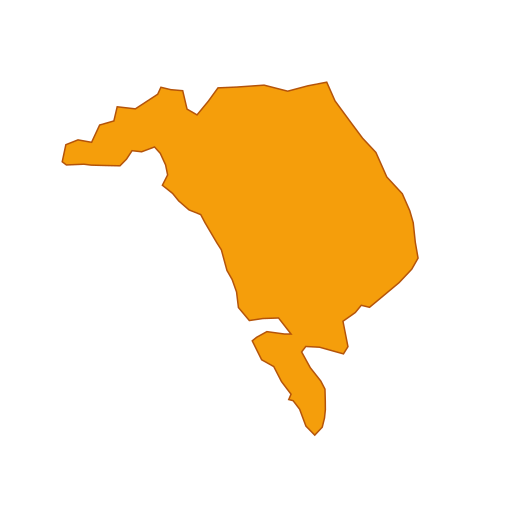 the district of Maronas, Paphos, Cyprus, rotated 74°
{"feature_id": "46923920B90699774301121", "entity_name": "Maronas", "entity_type": "district", "adm_level": 2, "iso_a3": "CYP", "parent_name": "Cyprus", "parent_adm1": "Paphos", "projection": "natural_earth1", "projection_center": [32.67, 34.763], "detail": "fine", "context": "isolated", "style": "filled", "palette": "amber", "viewbox_px": 512, "rotation_deg": 74, "n_neighbors": 0, "source": "geoboundaries", "source_scale": "gbopen_adm2", "svg_char_len": 1278}
<svg xmlns="http://www.w3.org/2000/svg" viewBox="0 0 512 512"><g transform="rotate(74 256 256)"><path d="M403.0,264.1L405.3,260.2L415.3,256.3L433.3,254.9L444.4,248.9L438.8,239.5L430.6,234.8L422.9,231.7L415.0,229.5L403.0,226.4L394.0,228.2L378.4,234.6L360.8,238.6L356.7,233.1L361.1,220.3L361.3,219.9L374.2,198.9L371.2,195.6L368.5,192.6L342.7,190.4L337.7,176.1L332.4,168.4L336.6,161.0L321.1,125.9L311.6,109.9L302.7,100.8L286.7,99.1L267.4,95.7L255.0,95.7L254.2,95.8L236.5,98.2L216.1,108.5L189.5,112.2L172.1,121.1L153.3,128.2L128.7,137.3L108.4,140.1L106.7,159.2L106.3,180.1L94.0,201.1L88.3,227.9L83.9,246.2L94.0,259.1L104.1,273.8L95.8,281.8L76.9,280.9L72.6,292.1L67.6,300.9L73.4,305.9L81.3,331.4L74.3,348.3L87.0,355.4L87.0,370.2L101.4,382.7L95.3,395.1L96.6,408.1L112.0,416.3L116.2,413.2L120.3,396.2L123.2,389.4L127.5,375.8L131.8,361.9L127.2,353.8L120.6,346.1L124.3,337.2L123.2,323.5L131.0,319.7L143.5,317.8L153.7,318.6L162.2,326.5L172.9,318.9L181.8,315.1L193.2,307.7L201.0,297.7L210.1,295.8L232.5,290.0L240.5,287.6L261.9,287.9L272.1,285.4L285.2,284.6L300.7,287.1L316.2,280.2L318.0,266.6L321.8,251.4L340.7,243.8L338.9,250.0L331.7,266.4L334.3,277.8L336.5,283.0L357.3,279.2L367.2,269.4L383.8,266.1L398.5,260.4L403.0,264.1Z" fill="#f59e0b" stroke="#b45309" stroke-width="1.5"/></g></svg>